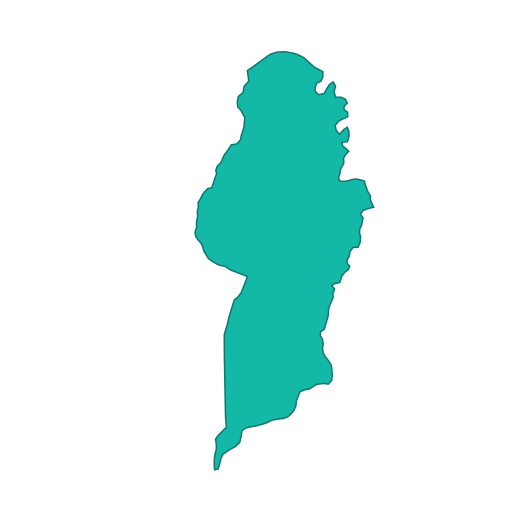 Centralina, Minas Gerais, Brazil (Robinson projection), rotated 48°
{"feature_id": "56859067B37414824409198", "entity_name": "Centralina", "entity_type": "district", "adm_level": 2, "iso_a3": "BRA", "parent_name": "Brazil", "parent_adm1": "Minas Gerais", "projection": "robinson", "projection_center": [-49.157, -18.655], "detail": "fine", "context": "isolated", "style": "filled", "palette": "teal", "viewbox_px": 512, "rotation_deg": 48, "n_neighbors": 0, "source": "geoboundaries", "source_scale": "gbopen_adm2", "svg_char_len": 2700}
<svg xmlns="http://www.w3.org/2000/svg" viewBox="0 0 512 512"><g transform="rotate(48 256 256)"><path d="M163.9,83.0L154.6,86.3L140.5,87.8L134.3,90.2L129.8,92.9L123.6,97.8L118.5,104.0L115.9,109.6L115.2,113.4L113.2,132.6L112.4,138.3L116.8,141.3L121.2,144.4L121.9,151.2L125.9,156.3L125.6,162.3L129.0,166.9L133.0,169.9L137.3,169.7L141.2,170.6L145.8,171.7L149.0,175.4L151.6,178.1L154.2,182.0L156.7,186.5L159.2,189.5L159.9,195.1L156.9,200.0L158.3,205.4L159.7,212.1L161.4,216.0L163.0,219.6L163.3,224.7L165.4,228.5L168.8,230.5L170.3,233.8L173.1,238.6L175.6,243.3L173.6,246.7L173.9,251.4L174.7,255.1L176.3,258.8L177.7,263.5L181.3,266.3L183.5,269.7L187.3,272.7L190.9,277.4L195.0,280.9L197.5,285.4L201.1,287.7L205.4,288.3L210.1,288.3L213.9,289.7L217.9,291.6L222.6,292.4L226.0,293.0L229.4,292.4L232.9,291.4L236.7,290.1L240.1,288.1L243.3,285.8L249.1,284.4L261.5,278.1L265.6,276.0L273.5,292.0L274.4,297.1L274.0,301.4L282.4,315.5L288.3,324.2L293.2,332.2L303.7,341.6L310.6,347.7L355.3,386.4L363.5,392.6L364.0,404.5L365.1,408.7L370.6,412.4L373.6,415.5L375.7,419.0L379.4,423.3L383.4,426.9L387.2,429.8L389.0,426.6L385.6,421.4L382.7,417.2L381.3,412.9L381.9,407.7L382.7,403.1L383.8,399.2L383.7,392.9L381.1,389.3L379.0,386.4L376.5,383.5L376.9,378.8L379.4,374.2L381.7,370.8L383.9,366.5L386.9,360.4L388.8,353.8L392.2,348.3L395.0,344.4L396.8,340.2L396.8,335.8L396.1,331.1L394.3,327.0L390.5,322.7L388.1,317.8L386.4,314.5L387.9,309.4L390.6,305.3L391.1,301.5L392.0,296.7L395.8,291.3L399.6,287.9L399.2,283.2L396.2,279.7L392.9,276.9L389.7,274.6L386.7,272.9L382.2,272.2L377.4,271.9L372.8,270.9L369.2,268.4L366.2,264.7L362.1,262.3L358.6,261.7L355.5,259.0L356.1,254.0L353.2,249.7L350.0,244.2L347.5,241.0L344.5,238.1L342.1,234.4L340.4,230.6L338.6,226.7L335.4,224.0L333.1,219.7L328.4,219.5L329.5,215.4L331.8,211.5L328.4,205.8L327.5,200.6L328.0,196.5L326.3,193.2L322.7,193.2L319.9,191.2L318.6,186.9L315.6,183.2L314.6,178.1L317.8,174.4L315.5,169.3L311.6,165.4L308.0,163.5L305.6,161.1L303.5,156.6L299.1,150.8L295.1,150.6L293.7,146.1L295.6,141.3L298.5,135.9L294.4,134.6L290.3,133.3L287.8,130.7L283.2,129.9L277.1,127.5L272.7,125.3L269.2,127.5L266.0,129.8L263.4,133.4L261.8,137.1L259.7,140.4L256.3,143.7L252.9,142.2L251.1,138.9L248.1,135.1L245.8,128.7L241.9,125.5L240.6,121.5L240.2,117.1L236.0,117.2L232.6,118.1L229.0,116.0L232.2,111.5L229.0,106.4L225.1,103.3L221.3,102.1L220.8,106.4L221.5,112.5L216.3,112.4L211.8,109.6L211.1,103.9L212.3,99.4L213.9,94.7L210.5,91.8L205.7,92.6L203.7,89.8L203.5,85.9L199.3,84.7L194.7,86.7L191.3,90.6L186.3,88.2L183.0,83.2L178.2,82.2L177.7,86.7L179.0,91.2L180.9,96.6L177.9,101.7L172.7,101.7L170.2,98.8L168.1,95.5L169.6,90.8L167.7,86.7L163.9,83.0Z" fill="#14b8a6" stroke="#0f766e" stroke-width="1.5"/></g></svg>